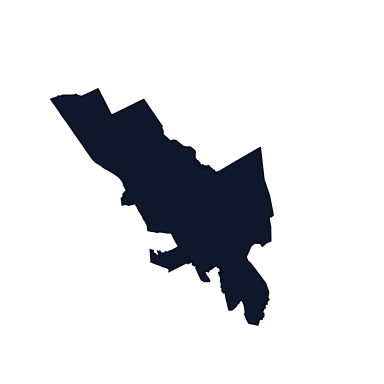 Žīguru pag., Vilakas, Latvia, rotated 62°
{"feature_id": "27541924B94505112001659", "entity_name": "Žīguru pag.", "entity_type": "district", "adm_level": 2, "iso_a3": "LVA", "parent_name": "Latvia", "parent_adm1": "Vilakas", "projection": "robinson", "projection_center": [27.752, 57.307], "detail": "fine", "context": "isolated", "style": "filled", "palette": "ink", "viewbox_px": 384, "rotation_deg": 62, "n_neighbors": 0, "source": "geoboundaries", "source_scale": "gbopen_adm2", "svg_char_len": 5844}
<svg xmlns="http://www.w3.org/2000/svg" viewBox="0 0 384 384"><g transform="rotate(62 192 192)"><path d="M51.1,250.9L50.2,252.6L49.2,254.5L46.1,260.3L45.9,261.3L45.6,263.5L45.4,264.1L45.1,264.5L44.8,264.7L44.5,264.8L44.8,266.2L44.8,267.5L44.5,269.0L43.8,272.6L43.8,273.1L50.9,272.1L56.8,271.4L62.9,270.9L70.5,269.8L113.6,264.7L116.4,264.3L119.5,263.3L119.9,263.3L120.9,262.8L120.9,262.7L126.3,259.6L128.0,258.7L128.1,258.9L130.6,257.5L131.2,257.1L130.9,256.9L132.6,256.0L138.6,252.4L142.3,250.4L143.9,249.7L145.2,249.3L146.6,248.9L148.7,248.6L150.1,248.4L153.8,248.3L153.8,249.1L159.8,249.0L161.2,252.9L161.9,254.2L163.5,254.0L164.4,257.0L164.6,257.4L170.8,259.7L171.0,259.2L170.8,258.8L170.4,258.5L170.5,258.4L170.9,258.2L171.0,258.1L170.9,258.0L170.4,257.7L170.5,257.4L171.2,257.1L171.3,257.0L171.4,256.8L172.1,256.2L172.3,255.9L172.1,255.3L172.2,255.2L172.3,254.2L173.7,254.5L174.3,252.2L175.6,247.6L180.3,247.4L180.6,247.5L184.7,247.5L184.7,247.1L188.0,247.2L191.8,246.9L192.0,247.4L194.5,247.3L194.6,247.0L198.5,247.0L200.7,247.2L205.3,248.9L207.3,246.5L208.1,245.5L208.7,244.4L209.5,243.6L210.3,242.7L211.1,241.9L211.5,240.6L211.7,239.8L212.5,238.3L214.7,235.2L216.4,233.0L217.2,231.6L218.6,229.4L223.1,229.6L227.2,229.6L229.8,229.6L230.2,229.4L234.1,229.5L234.1,231.3L234.2,231.9L234.1,237.7L233.6,239.9L234.0,241.6L232.2,243.5L233.0,244.7L231.8,248.0L229.2,248.2L228.7,249.7L228.4,250.0L233.4,250.8L231.0,253.1L229.4,253.5L227.6,255.1L225.6,253.7L223.4,256.0L229.1,258.4L229.0,258.5L231.8,259.5L233.1,260.2L234.2,261.0L234.3,261.0L238.0,258.0L240.7,255.4L243.3,253.2L243.4,253.3L245.8,251.0L245.9,250.9L246.8,249.9L248.9,248.1L251.5,249.5L251.5,244.6L251.7,235.2L251.9,229.7L252.3,229.5L252.2,229.3L252.7,229.2L253.3,229.2L253.4,227.5L253.5,225.1L253.4,225.1L253.9,224.6L254.1,224.5L255.0,224.7L255.3,224.9L256.0,225.5L256.2,225.4L256.6,225.4L257.3,225.1L257.9,224.7L258.5,224.0L258.6,223.6L258.4,223.1L258.3,222.4L258.8,222.2L259.4,222.2L259.7,222.4L259.9,222.6L260.4,223.8L261.2,224.2L269.3,224.7L273.9,224.9L274.9,224.4L275.3,223.7L276.4,223.4L276.7,223.1L279.1,218.8L278.5,218.0L274.0,218.3L273.4,218.7L268.9,218.5L268.1,216.9L270.2,214.9L269.6,214.2L267.5,211.5L269.1,211.5L268.7,209.2L268.4,207.0L268.5,204.6L270.6,204.7L271.7,203.1L276.9,204.5L275.7,205.1L275.6,206.2L277.1,206.6L278.9,206.4L279.4,206.9L280.4,206.4L281.1,206.8L282.4,207.5L283.3,207.2L283.6,208.4L287.4,209.2L289.5,210.9L291.4,210.2L291.8,211.1L293.6,211.9L295.8,211.5L295.8,209.8L301.3,211.4L301.4,211.6L309.2,213.6L312.0,214.3L313.7,214.6L314.8,212.0L314.4,209.8L313.7,207.2L313.5,206.4L312.5,205.8L312.1,203.5L312.0,202.6L310.6,201.7L310.6,198.7L315.0,198.7L318.2,199.5L320.9,200.4L323.6,201.5L324.4,202.7L324.9,202.9L325.5,202.9L331.3,203.5L331.5,203.4L331.7,203.2L331.8,202.9L332.3,203.2L333.0,203.5L334.8,203.1L335.9,201.7L338.4,198.5L338.5,198.5L340.2,196.5L339.6,196.4L339.2,196.1L339.2,195.9L339.2,195.5L339.3,195.3L339.3,195.1L338.6,194.5L337.3,193.5L335.6,191.1L335.5,190.7L336.0,190.7L336.4,190.7L336.8,190.6L337.1,190.4L337.2,190.1L337.2,189.7L336.4,189.4L335.7,189.1L335.7,188.9L335.8,188.7L335.6,188.2L335.9,187.9L335.8,187.5L335.6,187.3L335.3,187.0L335.2,186.8L333.9,186.3L333.1,185.7L332.8,185.7L332.6,185.8L332.3,186.2L332.0,186.3L331.5,186.2L330.6,185.9L330.2,185.3L330.2,185.1L330.2,184.8L329.8,184.7L329.6,184.5L329.5,184.4L329.4,184.4L329.3,184.5L329.4,184.9L329.3,185.0L328.9,185.2L328.5,185.0L328.3,184.8L328.3,184.5L328.3,184.2L328.4,183.7L328.5,183.6L328.8,183.5L328.8,183.1L328.4,182.9L327.9,182.8L327.8,182.7L327.9,182.4L328.7,182.3L328.8,182.1L328.8,181.9L328.7,181.8L328.4,181.7L327.8,181.7L327.6,181.6L327.6,181.4L327.4,181.3L327.0,181.3L326.9,181.4L326.6,181.4L326.5,181.2L326.5,180.9L326.3,180.8L325.8,180.8L325.6,180.8L325.3,180.9L325.1,181.0L324.9,181.1L324.5,181.0L324.3,180.8L324.3,180.7L324.7,180.3L325.0,180.3L325.5,180.3L325.7,180.2L325.8,180.0L325.7,179.7L325.4,179.4L325.1,179.2L325.2,178.9L325.9,178.8L326.2,178.6L326.3,178.5L326.2,178.3L325.9,178.1L325.0,178.1L323.9,177.6L323.8,177.3L323.9,177.0L324.0,176.8L323.8,176.4L323.7,176.3L323.1,175.9L323.0,175.6L323.2,175.3L323.2,175.2L322.9,175.0L323.0,174.7L320.7,174.7L316.5,171.4L307.2,170.0L287.6,173.0L286.0,173.4L282.7,173.8L279.6,175.1L274.9,174.9L267.3,165.3L266.4,160.7L269.2,156.0L269.1,155.8L270.7,155.5L271.7,155.4L272.7,155.4L272.9,155.2L272.6,154.2L272.3,152.5L271.6,150.2L272.2,145.5L260.0,139.2L249.9,135.8L251.1,133.6L250.5,131.3L243.4,129.0L231.6,125.4L214.9,122.7L184.9,110.9L184.8,111.0L185.9,141.7L186.7,158.1L186.7,159.9L186.3,160.0L186.4,160.3L187.1,160.7L186.7,161.8L185.6,161.6L185.3,161.7L185.0,162.8L184.7,162.8L184.3,162.7L183.5,162.3L183.2,162.2L183.0,162.3L183.1,162.5L183.9,163.0L183.8,163.4L183.4,163.6L183.0,163.7L181.9,163.4L180.3,163.6L179.8,164.0L178.8,165.0L178.5,165.1L178.2,165.0L177.5,164.5L177.3,164.6L176.4,165.3L176.3,165.7L176.4,166.8L176.6,167.3L176.3,167.7L176.0,167.8L175.5,167.9L175.0,168.1L174.9,168.3L175.0,168.4L175.6,168.3L177.5,168.3L177.7,168.6L177.4,168.8L177.0,169.4L177.0,170.0L176.9,170.1L176.3,169.9L175.3,169.9L174.8,169.8L173.6,169.6L172.9,169.9L172.7,170.2L173.1,171.3L173.0,171.5L172.7,171.7L172.5,172.2L172.3,172.2L171.6,171.8L170.0,171.9L169.7,171.5L168.8,172.1L168.5,172.2L167.4,172.1L167.1,172.4L166.8,173.0L164.7,173.2L163.7,173.3L163.2,173.3L162.3,172.8L159.6,171.4L158.8,170.8L157.9,170.2L155.7,170.5L151.3,172.6L151.2,172.8L150.4,174.9L147.9,178.1L147.9,178.3L147.4,178.5L139.3,182.0L139.0,182.2L137.4,184.2L137.3,184.3L137.4,184.5L137.2,187.1L127.4,190.7L126.5,190.0L124.5,188.9L122.9,189.0L120.6,188.7L120.3,188.3L120.0,187.6L90.4,190.9L87.7,191.2L87.6,192.9L87.6,193.1L87.4,199.1L87.1,210.2L86.4,227.1L85.0,227.1L76.9,226.9L56.8,226.6L56.5,233.7L55.8,244.9L53.5,247.2L52.8,247.9L51.4,248.6L51.1,249.2L51.1,249.6L51.2,250.2L51.1,250.9Z" fill="#0f172a" stroke="#020617" stroke-width="1.5"/></g></svg>